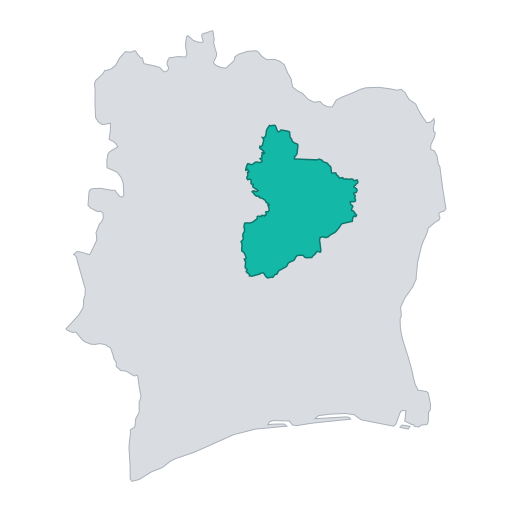 location of Vallée du Bandama within Ivory Coast
{"feature_id": "CIV-3450", "entity_name": "Vallée du Bandama", "entity_type": "Region", "adm_level": 1, "iso_a3": "CIV", "parent_name": "Ivory Coast", "parent_adm1": "", "projection": "robinson", "projection_center": [-5.056, 8.307], "detail": "fine", "context": "in_parent", "style": "filled", "palette": "teal", "viewbox_px": 512, "rotation_deg": 0, "n_neighbors": 0, "source": "natural_earth", "source_scale": "10m", "svg_char_len": 9567}
<svg xmlns="http://www.w3.org/2000/svg" viewBox="0 0 512 512"><path d="M104.8,70.4L106.6,70.4L111.4,68.8L115.7,65.2L119.8,57.7L125.3,51.7L131.4,52.1L133.3,51.0L135.4,50.8L138.0,54.8L140.6,57.8L142.4,57.9L143.8,63.6L155.0,66.0L159.8,67.5L163.9,71.7L165.3,71.8L167.0,70.9L168.3,69.5L168.6,67.9L166.9,64.1L167.6,60.7L169.4,57.7L172.3,57.5L176.7,56.7L181.7,56.7L185.4,57.2L186.9,54.2L185.5,45.7L185.9,41.0L186.5,37.1L187.9,35.5L193.4,40.5L198.5,42.2L202.2,42.4L203.2,41.4L201.6,36.0L202.1,34.4L203.4,33.5L205.8,32.9L212.3,30.7L213.0,31.2L214.2,39.7L213.6,42.5L215.0,48.2L216.7,53.6L216.5,55.8L215.1,59.1L213.5,62.2L213.7,63.4L216.3,65.5L221.2,67.6L226.3,68.1L229.2,65.0L232.2,62.5L234.2,60.2L234.9,56.8L238.2,54.4L247.5,51.3L256.1,50.8L258.1,51.8L262.0,56.5L266.9,59.7L274.3,59.3L279.7,61.2L284.4,64.8L287.6,72.8L291.0,78.6L292.5,86.9L297.9,91.2L302.2,93.1L307.9,99.1L313.9,102.2L320.1,101.5L323.0,104.6L327.6,106.8L332.2,107.0L336.2,100.1L341.6,97.3L355.1,91.8L360.4,89.3L365.8,87.8L378.9,87.3L391.0,89.0L397.0,90.2L401.1,89.3L405.0,92.6L409.0,99.4L412.3,101.6L415.7,104.0L418.2,109.4L421.2,114.8L422.8,117.2L426.4,122.5L429.5,122.6L432.6,120.3L433.9,118.6L434.5,122.1L433.3,127.8L433.6,131.3L435.3,132.6L434.4,137.2L430.8,144.9L430.8,149.4L434.3,150.8L436.9,155.7L438.4,164.0L439.9,166.7L440.1,168.4L442.7,188.5L445.9,208.6L443.9,211.2L441.1,211.9L439.3,212.9L438.8,214.8L440.0,217.5L439.2,220.0L435.8,221.7L428.2,228.1L427.7,230.7L425.7,236.1L424.1,239.4L421.6,245.6L417.7,261.9L416.3,275.4L416.1,279.5L414.6,282.4L412.9,286.6L404.7,298.2L400.5,307.6L401.1,311.8L401.3,315.9L400.1,318.9L400.3,326.8L401.3,333.5L402.8,340.1L408.7,358.7L411.8,369.9L413.7,379.0L415.4,385.1L417.0,387.6L417.7,390.0L426.5,391.6L428.2,393.0L430.6,404.8L430.2,410.2L428.5,412.2L428.5,416.7L428.1,422.4L426.9,424.6L421.9,424.9L418.6,427.0L414.2,426.2L413.8,424.8L411.4,424.3L404.8,421.1L405.9,410.8L402.9,410.4L400.5,411.7L395.9,424.0L393.7,426.2L361.1,419.8L354.0,414.7L345.5,413.5L330.7,414.1L318.5,415.6L315.0,418.7L345.8,416.9L349.1,417.3L350.7,419.1L311.8,423.2L296.9,425.6L292.5,425.0L289.2,421.0L273.0,420.6L269.7,421.8L267.7,424.8L274.1,424.1L284.1,424.0L286.8,426.2L255.4,429.1L233.7,434.6L224.4,438.8L194.1,452.3L175.6,458.6L170.7,461.0L162.3,467.6L151.5,471.8L139.3,479.5L131.9,481.3L130.2,478.8L130.1,465.7L129.0,448.0L129.4,441.3L130.4,435.0L130.4,429.7L134.1,427.7L135.1,425.5L135.7,418.7L139.1,412.5L139.2,401.6L140.2,399.4L141.0,396.5L139.6,389.4L137.7,375.9L136.7,375.1L135.9,375.6L133.9,375.9L126.3,371.2L120.5,370.4L116.3,366.5L116.1,362.0L114.1,359.3L112.7,354.1L110.6,348.1L104.9,344.5L99.4,343.6L95.5,344.4L91.0,344.2L85.8,342.2L82.2,339.9L78.8,335.5L75.7,332.0L73.2,332.4L70.1,331.6L67.1,330.0L66.1,328.8L78.8,314.9L83.0,308.0L83.5,303.9L83.6,299.7L85.0,295.4L85.3,288.8L78.4,264.9L76.6,257.5L74.8,255.3L73.6,254.5L77.1,251.5L82.0,252.3L89.4,254.7L91.0,252.3L96.7,240.2L96.5,235.8L96.0,232.7L99.3,224.4L101.9,221.2L103.3,217.8L102.9,213.1L100.9,211.3L98.3,211.6L95.2,210.5L90.4,207.8L88.0,205.4L88.8,194.5L89.2,191.1L90.9,189.1L93.5,188.6L100.9,188.3L106.9,189.5L112.1,190.3L114.9,190.2L117.2,193.5L120.2,196.8L122.9,196.8L123.8,194.3L123.2,183.5L121.4,177.9L117.4,172.4L107.0,167.7L106.8,161.1L107.9,154.0L110.1,151.4L117.8,146.9L116.5,144.5L114.0,141.9L109.1,139.3L110.3,130.8L110.5,123.2L106.4,124.1L102.1,124.5L98.6,122.2L95.6,117.6L95.0,104.9L95.1,90.3L94.5,83.8L95.7,80.4L99.3,77.2L103.3,73.1L104.8,70.4ZM410.0,426.3L408.3,429.1L400.0,427.4L402.0,425.0L410.0,426.3Z" fill="#d9dde1" stroke="#a8b0b8" stroke-width="1"/><path d="M352.3,221.3L343.1,223.4L341.8,223.8L341.3,224.3L341.0,224.6L339.6,227.0L336.0,231.4L334.9,232.4L330.0,235.1L328.4,236.7L327.5,237.1L326.4,237.4L325.7,237.5L324.9,237.5L323.6,236.9L323.0,236.8L322.5,236.9L320.1,237.5L319.5,240.2L319.6,241.4L319.8,241.8L319.9,242.5L320.9,250.9L320.7,251.7L320.4,252.1L320.0,252.1L318.1,251.5L317.7,251.4L317.3,251.5L316.9,251.6L316.6,251.9L316.3,252.3L315.7,253.3L315.0,254.1L314.7,254.4L313.1,255.7L311.8,257.5L306.8,257.7L305.2,257.5L304.8,257.3L303.7,256.0L302.9,255.4L302.4,255.2L301.9,255.2L298.2,255.4L297.2,255.7L296.5,256.1L295.4,257.7L294.5,259.6L294.0,260.1L293.2,260.7L289.7,262.1L288.8,262.7L288.4,263.1L287.8,263.9L287.6,264.3L287.2,265.2L287.0,265.7L286.6,266.2L286.0,266.8L279.0,270.6L277.9,272.1L277.2,273.7L276.9,274.2L276.5,274.3L276.0,274.3L275.5,274.4L274.8,274.8L274.3,275.3L273.1,277.0L272.7,277.3L272.2,277.4L271.1,277.2L270.7,277.2L268.7,277.8L268.1,277.9L267.6,277.9L267.2,277.7L266.9,277.5L266.5,277.2L265.4,275.9L264.2,273.8L263.9,273.4L263.5,273.0L262.9,272.8L262.4,272.8L262.0,272.8L259.4,274.1L252.3,276.1L251.2,276.1L249.4,275.8L249.6,275.4L249.5,275.0L249.1,274.2L248.8,273.7L248.4,273.4L247.5,273.0L247.2,272.8L246.4,271.9L246.2,271.6L246.2,271.3L246.4,270.9L246.9,270.4L247.1,270.1L247.1,269.7L247.0,269.3L246.5,268.7L245.9,268.5L245.7,268.3L245.3,267.8L245.2,266.3L245.7,261.8L244.7,260.4L244.4,259.0L245.0,259.0L245.6,258.9L245.9,258.7L246.1,258.5L246.2,258.2L246.0,257.3L245.6,256.1L244.4,253.3L243.7,252.3L243.1,251.7L242.4,251.5L242.1,251.3L241.9,251.1L241.8,250.6L241.7,249.9L242.0,245.2L241.9,244.0L241.1,241.4L242.1,240.7L242.5,240.3L243.1,239.2L243.3,238.6L243.3,238.1L243.0,237.0L242.8,236.2L242.8,235.3L242.8,234.9L243.1,233.7L243.2,233.4L244.1,232.0L244.4,231.3L244.6,230.5L244.6,230.1L244.6,229.7L244.0,227.3L244.0,226.6L244.6,223.3L245.1,223.1L246.1,222.9L246.7,222.9L248.8,223.1L251.4,222.6L253.1,221.8L256.7,219.1L257.0,218.7L257.2,218.3L257.3,217.7L257.2,216.6L257.5,216.4L258.2,216.2L260.1,216.3L261.1,216.6L261.6,215.5L262.5,215.3L263.6,215.6L264.4,216.1L264.9,215.1L265.7,215.3L266.2,214.7L266.3,213.7L265.6,212.1L266.4,211.7L268.3,211.7L269.1,210.2L269.0,208.4L267.9,204.9L269.1,204.9L268.6,203.7L267.8,203.1L266.9,202.9L266.2,202.5L266.0,202.0L265.3,200.5L265.1,200.2L264.7,199.9L264.0,199.6L262.8,198.6L262.4,198.4L259.4,197.6L259.2,197.3L259.1,196.4L258.8,196.2L256.6,196.2L256.1,196.0L255.6,195.4L255.3,195.2L254.6,194.7L252.9,192.3L252.1,191.7L252.5,191.3L253.0,191.0L253.6,190.8L254.2,190.9L255.3,191.4L256.8,191.5L257.4,191.2L258.1,190.4L253.0,187.1L252.7,185.9L253.2,185.3L253.1,184.7L253.0,184.4L252.8,184.1L251.8,184.2L251.3,183.9L251.0,183.4L251.0,183.0L251.0,182.2L251.1,180.3L250.9,179.9L250.7,179.6L250.1,179.3L249.4,179.1L249.1,179.2L248.3,179.7L248.0,179.8L247.8,179.7L247.2,178.9L247.0,178.6L246.9,178.3L246.9,177.1L247.0,176.9L247.3,176.8L247.5,176.6L247.6,176.0L247.7,175.5L247.9,174.2L247.8,173.7L247.7,173.4L247.5,173.1L247.4,172.8L247.5,172.5L247.8,172.2L248.5,172.2L248.8,172.1L249.0,171.8L249.0,171.4L248.8,171.2L248.2,170.8L248.0,170.5L247.8,169.8L247.7,169.5L247.4,169.3L247.1,169.2L246.8,169.2L246.5,169.5L246.3,170.0L246.0,170.4L245.8,170.4L245.7,169.9L245.8,169.3L246.4,166.8L247.3,164.3L247.6,163.8L248.1,163.7L248.5,163.7L248.9,163.8L249.4,164.2L249.7,164.3L250.8,164.4L251.5,164.6L251.9,164.6L252.5,164.4L253.1,164.1L253.6,163.7L254.7,162.5L255.3,162.3L256.0,162.1L257.1,162.0L258.0,162.2L258.6,162.5L259.3,162.6L259.6,162.6L260.0,162.3L260.6,162.3L261.6,161.9L262.1,161.2L262.0,160.3L261.6,160.2L260.7,159.5L260.0,158.7L260.4,158.4L262.0,157.8L261.7,155.1L263.2,154.0L262.3,153.2L262.0,153.0L262.0,152.6L262.6,152.5L263.3,152.6L263.9,152.8L264.5,153.0L263.4,150.9L259.7,148.1L259.8,146.3L261.2,146.5L262.2,145.5L262.8,143.9L263.6,140.8L263.6,139.6L263.2,138.6L262.4,137.5L264.3,137.7L265.4,136.4L266.0,134.3L266.2,132.0L266.6,130.1L267.5,128.3L269.6,125.4L271.0,125.8L273.8,125.3L274.6,125.3L274.9,125.4L275.3,125.7L275.7,126.4L277.2,130.5L277.4,130.8L277.6,131.2L278.1,131.6L278.6,131.8L279.0,131.8L279.6,131.5L280.3,130.8L280.6,130.3L280.9,130.1L281.4,130.0L287.8,131.2L288.7,131.5L289.5,131.9L289.6,132.7L289.9,134.9L289.9,136.4L290.0,136.9L290.4,137.6L290.6,137.9L291.2,138.6L291.6,139.2L292.3,141.2L292.6,141.7L293.0,142.0L293.9,142.4L294.6,143.1L294.8,143.3L295.8,143.4L296.6,143.9L297.2,144.0L297.4,144.2L297.6,144.4L297.8,144.7L297.9,145.3L297.9,146.1L297.1,152.6L297.2,152.8L297.1,153.3L296.8,154.0L296.0,155.3L295.5,155.9L295.1,156.1L294.6,156.4L294.6,159.0L317.3,159.9L318.1,159.4L318.8,159.2L319.3,159.2L319.8,159.3L322.1,160.3L322.5,160.8L322.8,161.4L323.3,161.8L324.2,162.2L326.3,162.7L327.1,163.1L327.7,163.5L328.3,164.7L328.5,165.0L329.8,165.9L330.3,166.3L330.7,166.9L330.9,167.7L331.4,171.9L331.6,172.7L331.9,173.1L332.3,173.3L332.7,173.3L334.1,172.9L334.6,172.9L335.3,172.9L335.7,173.0L336.0,173.3L336.1,173.6L336.3,174.4L336.5,174.8L336.8,175.2L338.1,176.0L338.4,176.4L338.7,177.1L338.9,177.5L339.4,177.9L339.8,178.1L340.1,178.1L340.5,178.1L341.6,177.6L342.2,177.6L342.6,177.7L342.9,177.9L343.4,178.5L343.8,178.9L344.3,179.1L344.7,179.1L345.4,178.9L345.9,178.9L346.6,178.9L348.0,179.3L348.7,179.3L349.3,179.3L350.4,179.0L350.9,179.0L351.7,179.0L352.6,179.2L352.9,179.4L353.6,180.3L354.0,180.6L354.3,180.8L354.6,180.7L355.6,180.3L356.2,180.1L357.1,179.9L357.4,180.3L357.8,181.8L357.7,182.8L355.9,184.3L355.5,185.2L354.4,185.6L354.0,186.0L354.2,187.3L356.5,188.7L357.1,190.1L356.4,192.3L355.1,192.8L354.2,193.0L354.0,192.8L353.6,193.7L353.8,194.3L354.1,194.7L354.5,195.2L354.6,195.3L354.9,195.3L355.1,195.3L355.3,195.7L355.3,196.2L355.2,196.5L354.7,197.6L354.5,197.8L354.5,198.0L355.1,198.8L355.4,199.3L355.5,200.0L355.4,200.8L354.9,201.5L354.0,201.7L350.9,201.7L350.2,201.8L350.3,202.4L350.5,203.4L350.6,204.2L350.9,204.6L352.4,205.6L352.8,206.3L352.6,207.2L351.7,208.6L351.5,209.5L351.6,210.3L352.1,210.5L352.7,210.6L353.4,211.0L355.8,214.3L356.6,215.1L356.4,215.5L356.0,216.2L355.7,216.6L354.3,216.0L353.2,217.0L352.6,218.7L352.3,221.3Z" fill="#14b8a6" stroke="#0f766e" stroke-width="1.5"/></svg>